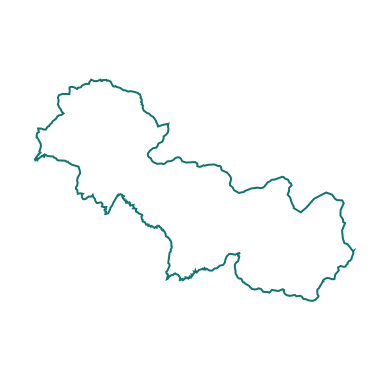 outline of Orastioara De Sus, Hunedoara, Romania, rotated 350°
{"feature_id": "2599482B76008210683345", "entity_name": "Orastioara De Sus", "entity_type": "district", "adm_level": 2, "iso_a3": "ROU", "parent_name": "Romania", "parent_adm1": "Hunedoara", "projection": "albers", "projection_center": [23.232, 45.653], "detail": "fine", "context": "isolated", "style": "outline", "palette": "teal", "viewbox_px": 384, "rotation_deg": 350, "n_neighbors": 0, "source": "geoboundaries", "source_scale": "gbopen_adm2", "svg_char_len": 6005}
<svg xmlns="http://www.w3.org/2000/svg" viewBox="0 0 384 384"><g transform="rotate(350 192 192)"><path d="M291.2,202.7L290.9,200.6L289.5,199.6L288.7,196.6L285.6,194.7L284.8,193.2L283.4,192.7L276.0,194.1L272.7,193.8L270.4,195.1L268.2,195.7L264.1,199.3L262.8,200.0L260.1,200.1L257.6,199.1L251.0,198.8L244.2,200.2L243.0,201.0L237.9,201.0L233.6,197.4L233.0,194.7L230.7,192.1L230.8,189.8L231.9,188.2L232.8,185.8L232.5,183.3L230.0,179.0L225.2,175.8L224.9,175.1L225.0,172.7L224.1,171.2L222.2,170.9L219.7,169.2L218.0,168.6L212.3,168.0L209.1,168.3L208.1,167.7L205.0,168.6L203.5,168.5L201.7,167.4L202.1,164.9L200.4,163.1L191.5,162.0L187.7,160.1L186.9,157.3L185.8,156.0L184.1,155.3L181.8,155.6L178.9,157.3L176.8,157.9L173.0,157.6L169.9,159.4L168.4,159.5L167.2,158.7L162.2,158.1L159.1,155.8L157.9,154.2L157.3,151.6L155.8,150.5L155.1,149.1L155.0,147.4L155.6,146.0L157.8,144.0L161.3,142.1L164.7,142.1L166.4,140.2L167.0,138.8L167.6,138.4L171.7,137.2L173.4,134.2L173.7,132.3L176.7,131.0L179.0,128.6L179.7,125.7L179.8,122.2L180.6,120.7L175.4,120.8L169.9,121.6L169.6,120.6L169.9,119.3L169.0,117.3L168.9,116.1L168.2,115.8L168.9,115.9L168.8,115.3L166.8,111.2L164.5,109.3L163.3,107.3L161.6,106.6L158.6,103.4L158.0,100.7L158.7,98.2L157.6,97.0L158.3,95.9L157.5,94.4L158.5,93.5L158.3,92.9L158.5,92.0L157.6,90.2L158.1,89.3L157.7,86.9L156.6,86.2L155.9,85.1L153.1,83.6L149.2,82.1L146.3,81.9L144.2,80.4L142.1,79.8L139.3,77.0L136.3,75.6L135.1,74.4L134.3,74.8L132.6,74.2L130.9,69.0L128.8,67.6L127.5,67.6L127.1,66.7L123.1,66.3L123.0,67.0L121.8,66.9L121.3,65.5L118.5,66.2L116.4,66.1L114.6,65.6L112.3,63.9L109.9,66.1L109.3,67.6L105.7,67.1L102.0,68.2L100.9,69.5L97.9,69.6L96.8,70.6L93.9,68.4L91.5,67.4L89.8,67.7L89.5,67.8L89.2,70.7L88.2,74.3L81.6,72.9L77.7,73.6L76.3,75.9L76.5,78.0L76.1,80.2L75.1,82.5L75.6,83.6L75.8,85.5L77.2,87.9L77.6,90.2L79.2,92.3L76.8,93.4L74.0,93.5L72.5,94.2L70.6,96.4L67.1,98.1L66.1,99.4L63.2,101.4L62.7,102.3L61.2,102.6L58.9,105.1L56.4,104.6L54.8,103.4L51.5,102.8L51.6,106.4L49.6,107.3L48.6,110.1L48.8,111.0L48.5,111.4L49.5,112.5L51.4,118.5L51.3,120.0L50.5,122.3L48.7,125.6L49.6,127.0L47.7,127.8L46.7,128.8L47.0,128.8L44.7,130.7L44.9,131.0L43.0,132.5L43.2,133.5L44.9,132.9L45.2,133.8L46.3,132.7L50.5,130.4L52.4,131.7L52.7,131.2L52.1,130.6L52.1,129.9L53.3,129.3L56.2,131.6L61.6,133.0L62.2,134.2L64.2,135.4L64.5,136.6L65.6,137.6L72.8,139.2L73.6,140.4L75.0,140.6L75.6,141.7L78.2,144.1L84.7,147.4L85.3,152.7L84.8,154.5L82.0,157.8L80.7,160.8L81.1,162.4L80.8,164.0L79.4,166.5L78.7,167.0L78.2,168.5L79.3,170.0L79.2,173.9L82.0,173.9L84.1,174.9L83.1,175.5L82.7,177.5L82.8,178.5L83.6,180.1L84.4,180.4L86.0,180.4L89.4,178.6L92.4,179.0L93.7,177.7L93.8,179.4L95.2,182.0L95.3,184.2L96.5,186.4L100.5,186.4L101.7,187.9L101.5,189.4L100.7,190.6L102.4,191.5L104.9,191.9L104.5,192.8L103.1,194.2L103.9,194.4L103.2,195.5L103.3,196.4L103.9,196.6L102.9,198.6L105.7,198.5L108.2,195.1L108.9,193.4L111.1,191.3L112.8,188.7L118.3,182.2L118.9,181.8L119.2,182.5L121.0,181.7L122.8,182.6L122.7,183.8L124.9,184.3L123.0,184.7L122.7,185.3L123.5,187.1L124.2,187.4L124.0,188.1L124.7,188.6L125.1,190.3L125.6,189.6L126.0,191.0L126.5,190.7L126.6,191.4L128.5,191.3L128.4,192.6L128.9,192.6L128.6,193.8L128.8,194.7L132.1,194.5L131.7,195.7L132.0,197.2L131.2,197.9L134.2,198.9L133.3,201.1L133.6,201.8L134.9,202.3L135.6,203.7L138.9,205.8L139.0,206.6L138.0,207.5L137.9,210.0L138.6,210.9L138.2,212.0L138.4,212.6L139.7,213.0L140.6,214.0L141.2,216.2L142.6,216.1L143.0,217.5L143.7,217.1L143.8,217.8L144.6,217.9L145.4,219.0L146.2,218.6L146.3,219.0L147.2,219.0L148.7,220.8L150.2,220.2L151.0,221.0L151.9,219.2L153.6,219.6L154.1,221.0L155.3,222.0L155.5,223.3L156.9,224.0L156.3,224.7L157.5,225.4L158.2,226.6L158.7,228.7L158.7,231.2L160.6,232.5L160.7,233.2L161.6,234.1L161.9,235.4L162.4,235.9L162.9,238.1L162.3,241.9L162.6,242.6L161.9,244.0L161.2,244.6L161.1,245.7L160.5,247.2L159.8,247.4L159.3,248.2L156.4,257.4L156.3,257.9L157.1,258.8L157.2,260.7L154.0,265.4L152.8,266.1L152.8,268.0L153.7,268.5L153.9,269.7L152.1,273.5L153.2,273.2L154.8,271.4L157.7,270.2L158.9,270.4L160.3,269.4L161.5,269.3L162.1,270.2L164.0,271.1L165.2,274.0L165.2,275.3L164.4,277.6L165.2,276.0L166.0,276.0L166.4,276.5L167.3,276.1L167.8,277.3L169.4,276.4L169.5,275.9L170.9,275.8L171.0,274.9L172.3,275.4L173.1,276.5L173.4,276.1L174.2,276.3L174.9,275.0L175.7,275.8L175.8,275.0L176.7,275.3L177.4,275.0L177.2,273.2L178.5,273.6L179.0,272.8L180.1,272.2L180.4,271.4L180.2,270.8L181.3,271.2L181.7,270.2L181.9,271.4L182.9,271.1L183.2,271.3L183.2,271.7L185.3,270.0L188.4,269.7L189.5,269.2L190.2,269.5L189.9,270.2L191.1,270.5L190.7,269.6L191.2,269.1L191.9,270.3L193.0,270.1L195.6,272.4L198.2,272.9L201.2,271.2L203.3,271.4L206.3,269.5L210.2,269.1L212.2,267.0L213.2,264.3L214.9,261.6L217.8,259.5L219.7,259.7L223.8,261.3L226.4,260.4L228.8,260.3L226.4,261.5L226.3,262.8L227.0,263.0L227.4,263.7L225.3,268.3L223.2,269.1L221.7,270.9L221.0,274.2L221.2,277.1L220.7,279.8L222.3,284.2L223.4,285.4L225.2,285.9L225.9,287.2L226.4,289.5L227.6,290.1L228.5,291.5L232.0,294.3L232.8,296.0L234.3,297.9L236.9,298.9L238.9,299.0L240.6,298.4L243.1,299.4L244.8,302.7L249.6,303.8L250.7,304.5L253.7,302.3L259.8,304.5L264.5,303.5L265.6,304.6L265.0,305.7L265.6,308.0L267.4,310.1L270.4,311.3L275.5,311.3L276.7,312.8L280.5,313.0L281.7,313.8L283.3,316.8L285.3,317.2L288.3,319.1L291.6,320.1L294.5,319.8L298.3,317.0L298.5,316.3L297.8,314.8L298.2,310.6L298.8,309.6L300.3,308.8L305.1,303.0L305.9,302.9L305.7,301.8L306.3,301.3L309.2,300.2L311.1,300.2L315.0,302.3L317.1,302.5L318.8,298.1L322.9,294.8L322.8,291.6L325.6,290.7L328.8,292.2L330.3,292.0L331.7,290.3L332.8,289.8L333.0,288.8L334.3,287.4L335.7,287.1L337.7,285.3L337.8,284.5L340.4,280.2L340.2,278.9L341.0,277.9L340.2,278.2L336.2,270.5L333.2,268.8L332.5,264.0L333.1,255.9L337.4,249.1L335.7,247.9L335.9,245.0L334.1,241.1L335.2,235.7L339.5,229.4L338.5,226.4L333.3,225.1L331.6,223.4L329.5,218.9L324.0,215.8L311.0,219.9L301.8,227.3L295.6,230.9L289.4,225.5L289.6,223.9L288.4,220.1L287.6,214.2L285.7,211.3L287.7,207.9L288.4,204.8L291.2,202.7Z" fill="none" stroke="#0f766e" stroke-width="2"/></g></svg>